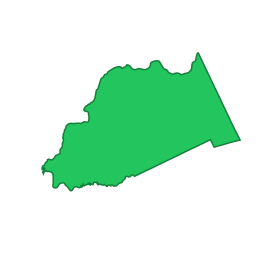 the State of Illinois, rotated 64°
{"feature_id": "USA-3546", "entity_name": "Illinois", "entity_type": "State", "adm_level": 1, "iso_a3": "USA", "parent_name": "United States of America", "parent_adm1": "", "projection": "mercator", "projection_center": [-89.31, 39.745], "detail": "fine", "context": "isolated", "style": "filled", "palette": "green", "viewbox_px": 256, "rotation_deg": 64, "n_neighbors": 0, "source": "natural_earth", "source_scale": "10m", "svg_char_len": 5797}
<svg xmlns="http://www.w3.org/2000/svg" viewBox="0 0 256 256"><g transform="rotate(64 128 128)"><path d="M92.9,159.8L91.8,159.4L91.0,158.3L89.8,155.8L89.9,155.4L89.9,154.8L89.7,154.2L89.5,153.8L89.3,153.4L89.4,152.9L89.7,152.5L89.8,152.2L89.7,151.8L89.2,151.0L89.0,150.6L89.0,150.1L89.1,149.2L89.0,148.7L88.9,148.1L88.5,147.3L87.9,146.0L87.2,145.2L86.6,144.6L80.5,140.1L80.1,139.6L79.9,139.2L79.8,138.4L79.5,137.8L79.0,137.3L72.4,131.1L71.8,130.3L71.5,129.1L71.5,128.3L71.4,127.9L71.2,127.5L70.5,126.8L70.3,126.4L70.0,126.0L69.8,125.7L69.8,125.3L70.0,124.3L70.1,123.5L70.0,123.2L69.9,122.9L69.8,122.6L69.7,122.4L69.2,121.8L68.8,121.3L68.7,120.7L68.0,115.0L68.0,113.4L68.2,111.9L68.6,110.1L69.2,108.6L70.0,107.8L71.6,107.4L71.9,107.0L71.8,106.5L71.7,105.5L71.7,105.0L71.9,103.9L71.8,103.2L71.6,102.7L70.9,102.0L70.8,101.7L70.8,101.4L71.1,101.0L71.1,100.7L71.6,100.1L72.7,99.5L73.9,98.9L74.7,98.7L75.8,98.6L76.8,98.2L77.7,97.5L78.4,96.5L79.0,95.1L79.1,94.3L79.2,92.8L79.3,92.2L79.6,91.7L80.1,91.0L82.7,87.9L83.2,86.6L83.3,85.0L83.1,83.3L82.7,81.9L81.9,80.8L80.6,79.7L80.2,79.6L79.6,79.3L79.3,78.5L79.2,77.6L79.2,76.9L79.4,75.4L79.8,73.8L80.4,72.4L81.0,71.3L82.1,70.6L89.7,70.0L90.9,69.6L91.4,69.1L92.4,67.9L93.0,67.6L95.6,67.2L96.7,66.7L97.2,66.3L97.4,65.8L97.7,65.6L98.9,64.9L99.3,64.5L99.4,64.1L99.5,63.8L99.5,62.9L99.4,62.7L99.3,62.4L99.6,61.7L99.7,60.9L100.0,60.1L100.4,59.4L100.7,58.9L101.1,58.5L102.2,57.6L102.7,57.4L103.1,57.1L103.5,56.3L103.8,54.7L104.0,52.5L104.5,51.2L104.7,49.7L104.8,49.3L104.1,47.7L104.0,47.2L104.0,46.6L104.0,46.2L103.8,45.9L103.4,45.9L103.1,45.7L102.5,44.9L102.2,44.6L99.9,43.2L99.6,43.1L99.2,42.9L98.6,42.1L97.7,41.6L97.5,40.7L97.4,38.7L97.4,38.9L97.0,37.7L96.1,36.9L93.9,35.4L93.0,34.6L92.6,34.1L92.2,33.7L91.4,33.2L91.1,32.7L91.4,31.9L91.5,31.9L96.2,32.0L101.0,32.0L105.7,32.1L119.9,32.2L124.6,32.3L129.3,32.3L143.5,32.4L148.2,32.5L153.0,32.5L157.7,32.6L162.4,32.6L167.1,32.7L177.3,32.7L182.2,32.6L188.0,32.5L187.4,35.2L186.7,38.1L186.1,41.4L185.5,44.7L184.9,48.4L184.1,52.8L183.4,56.4L183.0,59.0L182.6,59.0L182.4,59.0L181.1,59.0L174.6,59.0L174.6,60.5L174.6,65.7L174.6,70.8L174.6,76.0L174.5,81.1L174.5,86.2L174.5,91.4L174.5,96.5L174.5,101.5L174.4,106.6L174.4,116.8L174.4,126.8L174.3,131.9L174.3,136.9L174.3,141.9L174.3,143.2L174.2,143.3L172.6,144.1L172.1,144.6L171.8,145.3L172.0,145.9L172.6,147.1L172.5,148.6L170.8,150.3L170.7,151.6L170.9,151.9L171.1,152.0L171.5,152.3L172.3,153.1L172.6,153.7L172.8,155.0L172.9,155.6L173.2,156.0L174.0,156.7L174.2,157.1L174.2,158.5L174.1,158.9L173.7,159.4L173.7,159.8L174.0,161.1L174.5,162.4L174.9,163.7L174.0,166.2L173.9,166.5L173.6,166.6L173.2,166.6L172.9,166.6L172.5,167.0L172.1,167.6L171.9,168.2L172.0,168.9L171.9,169.1L171.8,169.3L171.7,169.4L171.8,169.4L171.5,169.6L171.1,169.9L170.9,170.3L170.7,170.8L170.8,171.3L171.3,172.1L171.3,172.5L171.1,172.8L170.9,172.8L170.8,172.7L170.5,172.7L170.3,172.8L170.1,173.2L169.8,173.4L169.0,173.8L168.2,174.1L168.2,174.3L168.6,174.7L168.4,175.4L168.0,176.1L167.6,176.6L167.4,176.8L166.9,176.9L166.7,177.1L166.5,177.5L166.2,178.3L166.1,178.6L166.0,178.9L166.0,179.4L165.9,179.7L165.7,179.9L165.3,179.4L165.3,179.1L165.2,179.0L164.8,179.3L164.6,179.6L164.4,180.2L164.1,180.1L163.8,179.7L163.8,179.4L163.3,179.6L163.0,180.0L162.9,180.5L162.7,181.1L162.5,181.4L162.2,181.6L162.1,181.8L162.0,182.2L162.0,182.6L162.2,182.9L162.4,183.1L162.5,183.3L162.8,183.6L163.3,183.9L163.6,184.3L163.3,184.9L163.1,185.1L162.5,185.2L162.2,185.4L161.7,185.9L161.0,186.4L161.5,186.6L162.3,186.5L162.7,186.9L162.3,187.2L161.9,187.5L161.4,187.7L161.0,187.8L160.6,188.0L161.0,188.8L160.7,189.2L160.8,189.5L160.9,190.1L160.9,190.6L160.8,190.8L160.5,191.0L160.5,191.4L160.7,192.1L160.7,192.6L160.8,192.9L160.7,193.1L160.3,193.4L160.0,193.4L158.9,193.1L159.3,193.7L160.6,195.0L160.8,195.3L160.5,195.5L160.1,195.5L159.3,195.5L159.2,195.5L159.3,195.9L159.5,195.9L160.0,196.0L160.6,196.2L160.5,196.7L160.5,197.4L160.2,198.1L159.8,198.6L158.3,199.9L158.0,200.3L157.7,201.1L157.5,201.9L157.7,202.5L158.1,203.4L158.2,203.6L159.0,204.5L159.6,205.9L159.4,206.9L158.6,207.4L153.7,208.3L152.1,209.2L151.6,209.3L150.4,209.3L149.9,209.4L149.4,209.6L149.1,210.0L148.8,210.5L148.3,211.9L148.2,213.2L148.4,214.4L149.0,215.5L149.8,216.7L150.3,217.7L150.3,218.8L149.7,220.1L148.9,220.9L147.9,221.1L146.9,220.8L145.0,219.5L137.7,216.0L136.4,215.7L135.1,215.9L134.0,216.4L133.1,217.1L132.8,217.5L131.9,219.2L131.0,220.2L130.4,221.3L130.5,222.1L131.0,222.9L131.9,224.0L131.3,223.8L131.1,223.8L130.8,224.0L130.5,224.1L130.2,224.0L129.9,223.7L129.8,223.3L129.7,223.0L129.6,222.6L129.4,222.4L128.9,222.0L128.6,221.8L128.5,221.5L128.4,220.7L128.2,220.6L127.6,220.5L127.1,220.6L126.9,221.0L127.2,221.7L127.5,222.0L127.9,222.5L128.0,223.0L127.8,223.3L127.5,223.3L126.4,222.9L125.1,221.8L124.7,221.2L124.9,220.3L124.5,219.3L123.4,217.8L122.8,216.7L122.6,216.2L122.5,215.6L122.5,215.2L122.1,214.8L121.9,214.7L121.4,214.5L121.2,214.4L121.2,213.1L122.0,212.1L122.9,211.2L123.4,210.0L123.1,208.6L122.5,207.4L121.8,206.3L121.2,205.2L121.1,204.5L121.2,203.9L121.3,203.3L121.4,202.7L121.3,202.1L121.1,201.5L121.0,201.0L121.2,200.6L120.5,199.9L117.9,198.7L117.3,198.0L116.6,196.2L115.9,195.2L115.3,194.8L113.6,194.1L113.0,193.6L111.5,192.0L110.6,191.3L109.7,191.1L109.4,191.0L108.4,191.0L108.0,190.7L106.5,189.4L105.5,189.2L104.8,188.4L104.2,187.6L103.5,186.9L102.5,186.3L102.0,185.9L101.8,185.4L101.7,185.1L100.9,184.3L100.7,184.0L99.3,182.7L99.0,182.4L98.9,182.0L98.7,181.6L98.6,181.1L98.3,179.5L98.4,178.3L98.8,177.2L100.1,175.1L101.5,171.3L102.8,169.1L103.3,168.0L103.3,166.6L103.2,165.2L103.2,164.4L103.6,164.0L104.0,163.7L104.5,162.9L104.9,162.1L105.1,161.5L104.7,160.5L103.6,159.7L101.0,158.2L99.6,157.8L99.0,157.7L98.5,157.6L97.6,157.0L97.1,156.8L95.7,157.0L94.0,159.3L92.9,159.8Z" fill="#22c55e" stroke="#15803d" stroke-width="1.5"/></g></svg>